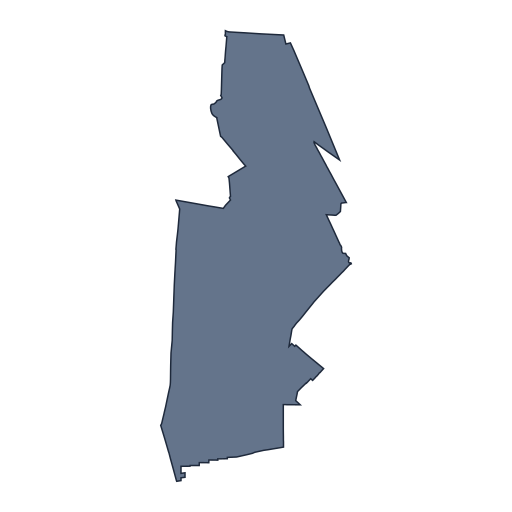 Livezile, Timis, Romania (Albers equal-area conic projection)
{"feature_id": "2599482B86518739037606", "entity_name": "Livezile", "entity_type": "district", "adm_level": 2, "iso_a3": "ROU", "parent_name": "Romania", "parent_adm1": "Timis", "projection": "albers", "projection_center": [21.055, 45.391], "detail": "fine", "context": "isolated", "style": "filled", "palette": "slate", "viewbox_px": 512, "rotation_deg": 0, "n_neighbors": 0, "source": "geoboundaries", "source_scale": "gbopen_adm2", "svg_char_len": 4652}
<svg xmlns="http://www.w3.org/2000/svg" viewBox="0 0 512 512"><path d="M339.6,160.0L326.3,127.8L309.5,88.1L309.4,87.7L308.7,85.5L302.5,70.8L294.4,51.8L294.3,51.5L290.4,42.9L285.9,44.0L283.7,35.0L271.8,34.4L259.9,33.8L244.6,32.8L235.6,32.3L229.0,31.9L228.1,31.7L226.9,31.4L225.4,30.7L225.4,34.2L225.2,34.6L225.0,35.0L225.0,35.4L225.0,35.8L226.8,36.7L226.7,36.9L226.7,38.0L226.0,46.6L225.6,50.5L225.4,53.1L225.2,56.1L225.0,58.7L224.9,59.5L224.7,62.7L224.1,63.2L223.6,63.8L223.1,64.2L222.5,64.6L222.4,64.7L222.4,64.8L222.2,65.4L222.0,68.7L221.8,75.1L221.4,89.9L221.2,94.5L220.7,95.5L221.4,96.5L221.9,97.6L222.0,97.8L221.8,98.4L221.3,99.0L220.7,99.4L219.9,99.7L219.1,99.9L218.4,100.1L217.6,100.4L217.0,100.8L216.6,101.1L216.5,101.5L216.3,101.8L215.8,102.5L215.1,103.1L214.2,103.8L213.8,104.0L213.3,104.2L212.9,104.2L212.4,104.2L211.9,104.4L211.5,104.5L211.1,104.8L211.0,105.1L210.7,106.1L210.6,106.9L210.6,107.8L210.6,108.3L210.7,108.9L210.8,109.4L210.9,110.1L211.0,110.8L211.3,111.7L211.7,112.9L212.0,113.6L212.5,114.4L213.1,115.1L213.6,115.6L214.0,115.9L215.5,116.9L216.9,117.7L216.8,118.2L219.4,130.6L220.6,136.3L221.9,137.3L227.2,143.7L233.1,150.6L233.0,150.8L236.2,154.6L239.6,158.9L243.9,164.1L245.7,166.1L228.2,176.6L229.0,178.2L229.5,183.3L230.2,192.5L230.5,196.4L230.1,196.7L229.4,197.9L230.5,200.0L225.5,205.3L223.3,208.4L215.1,207.0L207.8,205.8L196.7,203.8L175.9,200.1L176.1,200.8L179.7,209.0L179.4,212.8L178.8,219.8L178.2,226.8L177.9,230.1L177.3,235.4L176.5,242.0L176.2,245.9L175.9,249.4L176.1,249.8L175.5,262.5L174.9,272.9L174.3,284.5L173.3,312.3L172.6,322.5L172.4,330.1L172.2,340.5L171.0,353.0L170.9,357.4L170.7,364.8L170.6,371.0L170.5,379.6L170.4,382.6L170.2,385.2L169.8,387.2L168.5,393.0L166.7,401.6L165.6,406.9L164.4,411.9L163.9,414.2L162.9,418.3L161.8,423.0L161.4,424.2L160.9,425.0L160.7,425.3L162.3,430.6L164.6,438.2L166.5,444.7L168.5,451.6L169.0,453.0L170.5,458.9L172.1,464.7L173.7,470.5L175.1,475.7L176.4,480.5L176.7,481.3L181.0,480.6L181.0,479.2L181.0,477.8L185.0,477.3L185.0,472.8L183.5,473.0L181.0,473.4L181.0,469.7L181.0,466.3L190.0,466.2L190.1,465.5L199.2,465.5L199.3,462.6L208.8,462.7L208.9,460.0L217.8,460.1L217.8,458.9L227.3,458.7L227.3,457.4L236.6,457.0L246.8,454.7L252.5,453.3L254.7,452.3L263.8,450.3L268.1,449.7L272.2,449.0L280.1,447.7L283.5,447.1L283.5,441.9L283.4,439.9L283.4,436.8L283.3,429.2L283.3,421.4L283.3,410.9L283.3,406.6L283.3,405.6L283.3,404.6L283.5,404.6L284.6,404.6L285.7,404.6L286.7,404.7L292.4,404.7L297.6,404.8L298.7,404.8L299.5,404.8L300.2,404.8L295.7,400.6L296.7,395.8L297.1,393.9L297.5,391.6L301.4,387.6L306.2,383.0L306.4,383.2L307.3,382.3L310.7,378.7L312.6,380.4L313.6,379.4L315.0,377.9L315.4,377.5L315.7,377.1L316.1,376.6L316.4,376.4L316.5,376.3L316.8,376.1L317.3,375.5L318.1,374.6L318.7,373.9L318.9,373.5L319.1,373.2L319.3,373.0L319.5,372.9L319.6,372.7L319.8,372.6L320.0,372.6L321.3,371.1L323.6,368.6L322.9,368.0L311.1,358.3L307.9,355.6L306.7,354.6L304.5,352.7L303.3,351.6L303.0,351.4L301.5,350.1L299.2,348.0L295.9,345.1L294.7,346.3L292.7,344.5L291.7,343.6L291.3,344.0L289.3,346.1L289.0,346.4L289.8,341.6L290.0,340.3L290.3,338.7L291.0,335.0L291.5,331.9L291.8,330.1L292.0,329.1L292.5,328.3L292.9,327.8L294.0,326.5L294.9,325.2L296.5,323.1L298.2,321.3L299.5,319.9L301.0,318.1L302.5,316.3L302.9,315.8L304.4,313.9L304.8,313.4L305.5,312.5L305.9,312.0L307.6,309.9L309.6,307.4L310.4,306.4L312.6,303.7L313.9,302.0L316.4,299.2L323.6,291.2L327.0,287.7L330.3,284.4L332.3,282.3L335.5,279.2L337.4,277.2L339.6,275.0L341.5,273.0L343.4,271.2L345.0,269.4L346.8,267.5L348.6,265.6L349.6,264.6L350.9,264.0L351.3,263.8L351.0,263.0L350.5,262.8L349.7,262.9L349.3,262.9L349.0,262.7L348.8,262.3L348.5,261.8L348.6,260.9L348.7,260.0L348.9,259.6L349.0,259.3L349.2,257.8L347.6,256.5L346.8,255.8L346.3,254.9L345.6,253.4L344.6,253.4L343.0,253.3L342.9,253.2L342.4,252.7L342.2,252.3L342.0,251.9L341.9,251.6L341.8,251.1L341.7,250.7L341.6,250.4L341.6,249.8L341.5,248.7L341.6,247.5L341.5,247.0L341.2,246.3L341.0,245.9L340.6,245.2L340.2,244.9L340.0,244.7L339.5,243.1L339.1,242.5L337.7,239.4L335.6,234.8L334.2,231.7L332.6,228.3L330.7,224.1L328.5,219.5L326.3,214.7L332.9,215.1L335.0,215.3L336.1,215.2L338.6,213.2L340.4,211.5L340.7,207.3L340.9,203.8L341.5,203.1L346.1,202.5L346.3,202.5L342.4,195.3L339.3,189.6L336.7,184.8L336.6,184.6L334.0,179.9L332.4,176.9L331.2,174.6L329.5,171.6L328.5,169.7L328.2,169.1L326.6,166.3L326.1,165.2L324.4,162.1L323.1,159.7L322.1,157.8L320.9,155.7L319.8,153.6L319.1,152.3L317.6,149.7L316.9,148.3L316.6,147.7L316.4,147.4L315.1,145.1L314.8,144.4L314.5,143.7L314.3,143.3L314.1,142.8L314.0,142.2L314.1,141.7L318.6,145.1L323.1,148.3L327.9,151.8L339.6,160.0Z" fill="#64748b" stroke="#1e293b" stroke-width="1.5"/></svg>